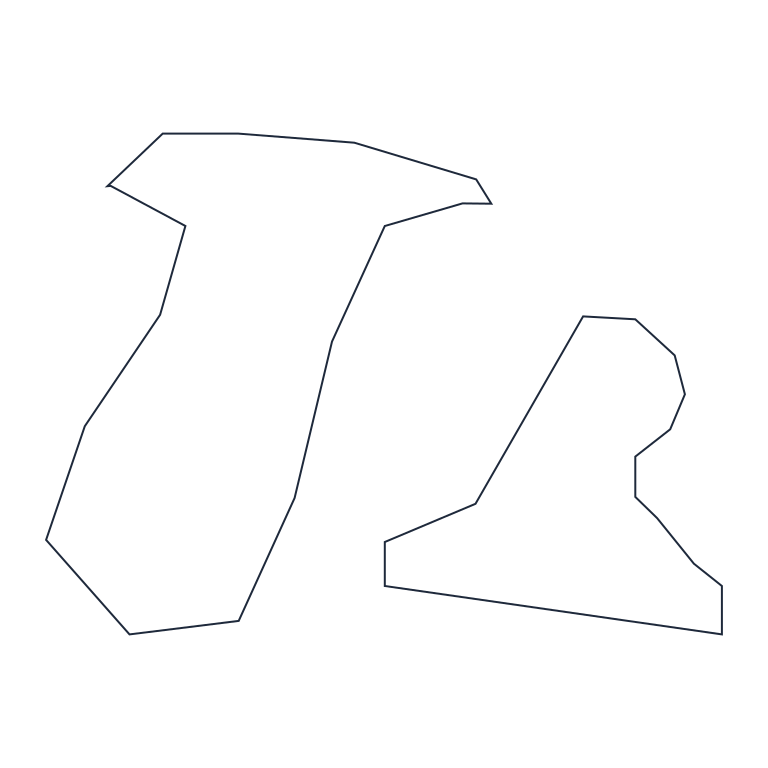 map outline of Portsmouth (Mercator projection)
{"feature_id": "GBR-2759", "entity_name": "Portsmouth", "entity_type": "Unitary Authority", "adm_level": 1, "iso_a3": "GBR", "parent_name": "United Kingdom", "parent_adm1": "", "projection": "mercator", "projection_center": [-1.012, 50.819], "detail": "fine", "context": "isolated", "style": "outline", "palette": "slate", "viewbox_px": 768, "rotation_deg": 0, "n_neighbors": 0, "source": "natural_earth", "source_scale": "10m", "svg_char_len": 522}
<svg xmlns="http://www.w3.org/2000/svg" viewBox="0 0 768 768"><path d="M491.3,203.7L462.5,203.4L384.8,226.0L332.0,341.6L294.6,498.0L238.7,620.9L129.5,634.4L46.1,539.9L84.8,426.2L160.1,314.8L185.4,226.0L110.7,185.9L107.4,186.2L162.7,133.6L238.2,133.6L354.3,142.7L476.2,179.4L491.3,203.7ZM635.3,456.6L635.3,496.9L657.1,518.1L693.9,563.7L721.9,586.0L721.9,634.4L384.8,586.0L384.8,542.0L475.5,503.8L583.1,316.4L635.3,319.3L674.7,355.4L684.9,394.3L670.2,429.3L635.3,456.6Z" fill="none" stroke="#1e293b" stroke-width="2"/></svg>